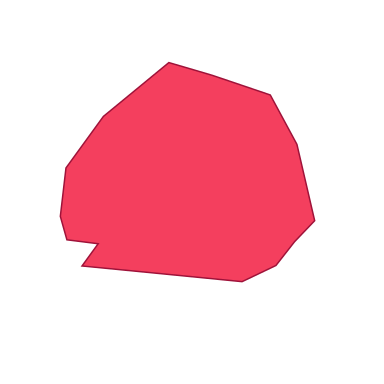 the Parish of Saint David, rotated 36°
{"feature_id": "GRD-5071", "entity_name": "Saint David", "entity_type": "Parish", "adm_level": 1, "iso_a3": "GRD", "parent_name": "Grenada", "parent_adm1": "", "projection": "robinson", "projection_center": [-61.661, 12.056], "detail": "fine", "context": "isolated", "style": "filled", "palette": "rose", "viewbox_px": 384, "rotation_deg": 36, "n_neighbors": 0, "source": "natural_earth", "source_scale": "10m", "svg_char_len": 343}
<svg xmlns="http://www.w3.org/2000/svg" viewBox="0 0 384 384"><g transform="rotate(36 192 192)"><path d="M308.1,143.1L304.2,171.9L303.1,202.1L285.2,235.1L146.5,316.5L146.5,289.0L118.9,304.2L99.8,289.1L75.9,246.6L75.9,182.9L97.2,100.9L139.8,85.7L198.3,67.5L248.9,91.8L308.1,143.1Z" fill="#f43f5e" stroke="#9f1239" stroke-width="1.5"/></g></svg>